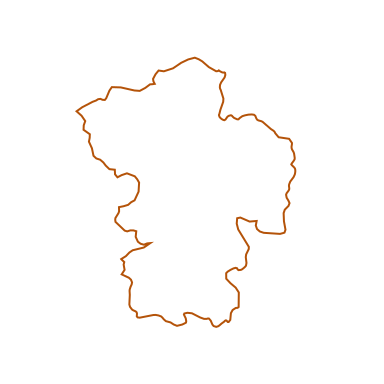 an SVG outline of Houaphan, rotated 60°
{"feature_id": "LAO-3288", "entity_name": "Houaphan", "entity_type": "Province", "adm_level": 1, "iso_a3": "LAO", "parent_name": "Laos", "parent_adm1": "", "projection": "robinson", "projection_center": [104.1, 20.28], "detail": "fine", "context": "isolated", "style": "outline", "palette": "amber", "viewbox_px": 384, "rotation_deg": 60, "n_neighbors": 0, "source": "natural_earth", "source_scale": "10m", "svg_char_len": 3368}
<svg xmlns="http://www.w3.org/2000/svg" viewBox="0 0 384 384"><g transform="rotate(60 192 192)"><path d="M199.5,80.9L200.5,81.5L202.6,83.2L203.8,83.8L205.1,84.1L208.3,84.1L209.8,84.4L213.8,86.0L214.9,86.7L215.7,88.0L217.2,91.4L217.7,92.2L218.7,92.1L221.9,91.2L223.2,91.1L224.5,91.5L225.9,92.3L227.1,93.2L228.2,94.2L229.9,96.6L232.1,101.7L234.0,104.1L235.2,105.0L237.4,105.9L238.5,106.7L239.2,107.9L240.4,110.7L241.4,111.9L244.3,112.9L247.5,112.8L250.4,113.1L252.3,115.4L253.7,120.5L256.1,123.2L263.3,127.0L271.4,129.9L273.4,132.2L273.3,132.9L272.3,136.7L263.2,150.3L260.1,153.0L256.6,154.2L252.9,153.5L249.4,150.5L246.4,156.9L238.3,162.9L237.3,166.0L241.8,169.1L247.6,170.7L267.9,170.2L269.8,171.4L273.1,176.3L275.3,178.0L280.7,180.3L282.8,182.1L283.3,183.4L283.7,185.2L284.0,187.2L283.9,188.6L282.9,190.8L281.8,191.2L280.6,191.1L279.5,192.1L278.9,194.3L278.7,197.6L278.8,200.9L279.4,203.0L284.2,205.7L290.2,204.3L296.6,202.0L302.4,201.7L314.9,209.1L315.1,210.4L314.3,212.1L314.5,215.8L316.4,218.9L321.9,222.8L322.9,225.3L322.5,226.0L320.6,226.4L320.1,226.8L320.0,227.8L320.4,229.2L320.7,232.2L321.1,234.2L321.4,236.2L320.9,238.5L320.3,239.0L318.9,240.3L317.0,240.6L312.8,240.1L310.1,240.6L309.5,241.4L309.2,242.8L307.9,245.0L304.7,247.7L297.0,252.7L294.3,256.4L293.4,259.4L294.1,260.3L298.3,260.6L301.0,261.6L302.1,262.5L302.1,264.0L301.9,266.7L300.4,271.9L297.6,274.1L294.2,275.8L290.8,279.2L288.1,280.1L286.2,280.4L284.4,280.9L282.2,282.7L280.3,284.9L279.2,287.0L274.7,300.1L273.4,301.8L272.1,302.0L269.7,300.4L268.5,300.1L267.2,300.5L265.0,302.1L263.8,302.7L260.5,303.1L258.1,302.5L250.0,297.3L246.4,295.5L245.3,294.7L243.3,292.5L241.9,290.5L240.3,289.1L237.4,288.7L234.8,289.5L228.2,294.1L225.7,289.3L220.7,287.5L218.8,285.7L214.8,286.9L214.7,286.9L214.5,281.3L213.1,276.5L212.8,272.5L216.0,261.5L215.4,253.7L214.1,256.5L213.6,260.0L211.1,262.4L208.0,263.7L202.7,263.2L198.1,259.9L196.0,261.9L194.4,264.6L193.7,267.8L191.8,269.6L179.6,273.2L177.7,272.4L176.3,271.4L173.5,266.2L172.3,264.8L168.6,262.8L170.1,258.4L171.2,253.7L170.4,249.8L170.5,245.9L165.0,238.1L157.4,233.1L153.5,233.1L149.8,233.7L143.3,239.0L142.2,244.5L142.0,249.2L138.2,249.8L134.1,247.7L130.9,252.1L126.0,253.5L122.1,254.0L118.1,255.4L115.1,258.1L111.4,259.2L104.1,256.8L96.9,256.1L93.9,253.5L90.9,251.6L83.9,254.8L80.1,252.4L77.2,249.0L70.7,249.5L64.4,251.6L63.7,244.6L64.2,233.0L64.8,229.4L64.7,226.9L65.6,224.7L67.4,223.4L68.7,221.5L67.9,219.4L62.9,212.8L61.1,209.0L65.8,201.4L75.3,191.1L78.3,186.7L78.5,180.4L77.8,174.5L78.8,172.5L79.7,170.2L77.0,170.1L74.6,169.2L71.8,164.7L70.1,160.2L73.4,156.0L75.4,146.6L74.7,136.8L75.3,129.0L77.1,122.4L80.4,119.8L84.0,117.8L92.2,115.0L99.5,110.7L99.9,109.9L100.2,109.0L100.1,108.1L100.3,108.1L103.2,106.3L104.2,105.3L104.6,104.2L105.4,103.8L107.3,104.6L109.1,106.5L111.6,111.9L113.2,114.1L114.3,114.9L115.4,115.6L116.6,116.0L118.0,116.1L126.8,118.1L129.5,119.9L135.0,126.3L138.1,129.3L138.5,129.9L139.1,130.3L140.7,130.6L142.0,130.4L143.7,129.8L145.2,128.9L146.0,128.1L146.0,126.8L144.5,123.6L144.4,122.1L145.0,119.9L145.9,119.3L147.1,119.1L148.9,118.5L151.7,116.5L152.3,115.4L151.8,113.8L151.5,110.5L152.1,107.8L153.2,104.5L154.7,101.5L156.1,99.7L157.7,99.1L160.5,99.5L162.0,99.4L163.2,98.7L165.3,96.6L166.5,95.8L176.9,92.2L179.7,90.8L181.1,90.4L182.8,90.5L187.9,89.6L194.5,81.3L199.5,80.9Z" fill="none" stroke="#b45309" stroke-width="2"/></g></svg>